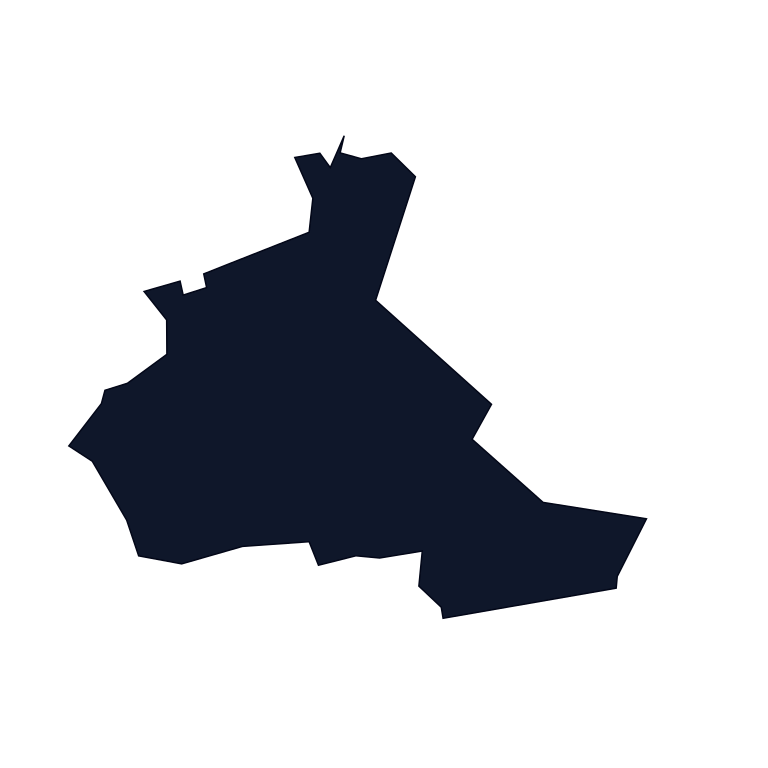 the district of Johnson, Georgia, United States of America, rotated 195°
{"feature_id": "52423323B6841559990412", "entity_name": "Johnson", "entity_type": "district", "adm_level": 2, "iso_a3": "USA", "parent_name": "United States of America", "parent_adm1": "Georgia", "projection": "equal_earth", "projection_center": [-82.627, 32.666], "detail": "fine", "context": "isolated", "style": "filled", "palette": "ink", "viewbox_px": 768, "rotation_deg": 195, "n_neighbors": 0, "source": "geoboundaries", "source_scale": "gbopen_adm2", "svg_char_len": 686}
<svg xmlns="http://www.w3.org/2000/svg" viewBox="0 0 768 768"><g transform="rotate(195 384 384)"><path d="M576.5,154.5L532.9,157.9L478.7,190.5L415.5,212.3L400.4,192.0L366.7,210.8L343.2,214.8L303.8,232.6L298.0,197.8L270.9,183.2L266.3,173.0L106.9,246.9L108.9,258.5L95.6,321.7L199.7,310.8L284.6,353.4L274.9,392.2L413.8,462.7L407.3,592.3L436.8,609.0L464.1,595.7L486.2,595.9L486.7,613.5L491.9,579.1L505.7,590.3L528.8,579.7L500.8,545.0L495.6,511.2L562.4,461.7L586.6,443.7L580.3,431.2L601.0,417.9L607.6,430.6L639.7,411.3L610.5,389.6L601.4,356.5L632.0,318.3L651.9,305.7L651.9,291.9L672.4,242.6L645.8,233.9L597.3,185.9L576.5,154.5Z" fill="#0f172a" stroke="#020617" stroke-width="1.5"/></g></svg>